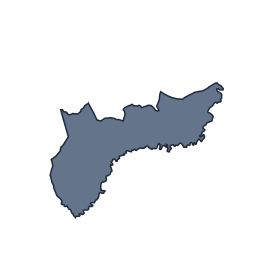 San Marcial Ozolotepec, Oaxaca, Mexico, rotated 232°
{"feature_id": "50627088B61246931399510", "entity_name": "San Marcial Ozolotepec", "entity_type": "district", "adm_level": 2, "iso_a3": "MEX", "parent_name": "Mexico", "parent_adm1": "Oaxaca", "projection": "orthographic", "projection_center": [-96.411, 16.032], "detail": "fine", "context": "isolated", "style": "filled", "palette": "slate", "viewbox_px": 256, "rotation_deg": 232, "n_neighbors": 0, "source": "geoboundaries", "source_scale": "gbopen_adm2", "svg_char_len": 5746}
<svg xmlns="http://www.w3.org/2000/svg" viewBox="0 0 256 256"><g transform="rotate(232 128 128)"><path d="M89.8,31.5L90.2,32.8L89.0,34.8L88.4,35.4L88.5,35.8L88.8,36.5L90.3,36.6L90.0,37.4L89.5,38.2L88.2,38.5L87.8,39.0L87.7,39.8L87.7,40.8L88.3,41.2L89.1,41.3L90.1,41.8L90.4,42.7L90.0,43.6L88.5,45.2L88.2,46.0L88.3,47.0L88.7,47.4L89.9,48.2L89.9,49.0L89.7,49.8L88.8,50.5L88.5,51.0L88.4,52.4L89.1,52.8L89.6,52.0L90.5,51.8L91.7,52.0L91.7,53.0L91.1,54.1L90.5,54.8L89.8,55.4L89.9,55.9L90.5,56.6L90.8,57.2L90.9,58.1L90.6,59.6L91.3,61.1L91.4,61.8L92.0,62.7L92.7,63.4L93.5,63.8L94.0,64.6L94.3,65.7L94.0,66.7L92.8,67.1L91.7,68.4L91.8,69.0L92.1,69.6L92.5,71.1L93.4,70.7L94.3,69.4L95.8,68.3L96.0,69.0L97.3,69.4L98.1,70.1L100.1,71.6L100.7,72.6L101.0,73.5L101.1,74.5L100.9,75.2L100.4,75.5L99.9,77.4L100.0,78.5L100.6,79.2L101.6,79.7L102.6,80.4L103.5,81.3L103.1,82.1L102.9,82.9L102.7,83.2L102.6,85.2L102.9,85.9L104.1,87.5L103.8,88.6L104.2,89.0L105.2,89.5L106.1,89.8L107.0,90.2L107.9,90.4L108.4,90.6L109.7,91.6L108.7,92.3L108.3,93.2L109.0,93.8L110.5,93.8L111.9,93.9L111.6,95.5L112.4,96.4L112.5,97.0L112.2,97.9L111.9,98.1L110.3,98.4L109.5,98.0L108.7,98.6L108.6,99.3L109.4,99.7L109.4,101.3L109.3,102.6L111.0,103.5L110.2,106.4L109.7,107.0L109.0,108.5L110.1,109.0L109.6,110.2L109.4,111.4L110.6,112.0L110.8,113.1L109.6,114.1L107.3,115.8L107.6,116.6L108.1,117.2L107.3,117.9L107.2,120.2L105.7,120.3L105.3,120.6L105.2,121.7L105.0,125.3L104.1,125.7L103.8,126.4L103.0,126.8L102.7,127.3L102.5,128.3L102.2,128.6L102.6,129.6L102.1,130.1L102.3,131.1L102.1,132.0L101.8,132.4L101.2,132.3L99.2,132.4L98.0,133.2L97.4,133.2L96.6,133.6L96.3,134.3L96.5,135.0L96.2,135.7L95.5,136.2L94.7,137.1L94.5,137.6L94.5,138.1L95.6,140.3L96.4,141.2L96.8,142.0L96.9,142.6L96.3,143.1L95.5,142.6L95.1,142.6L94.6,143.2L93.8,141.9L93.2,141.4L92.3,139.9L91.5,139.9L91.0,140.5L91.1,141.4L92.0,143.1L92.5,144.7L92.2,145.7L91.5,145.9L90.1,145.9L89.5,146.4L91.5,148.1L91.1,148.3L89.6,148.3L89.1,147.5L88.5,147.1L87.4,147.2L86.3,145.3L85.5,144.6L84.9,144.8L84.3,145.2L83.9,145.7L83.8,146.1L84.4,146.6L84.8,147.1L85.0,147.7L84.9,148.4L85.1,149.4L85.5,149.8L86.5,149.7L87.2,149.5L87.9,150.3L88.0,151.0L87.6,152.1L87.0,153.5L86.0,153.1L85.0,153.3L84.7,154.0L85.1,155.2L84.2,155.8L83.7,156.3L83.7,157.0L83.9,157.9L83.9,159.9L83.7,160.4L81.8,160.5L80.0,160.4L78.8,160.1L78.2,160.2L78.1,160.9L77.5,161.4L76.7,162.3L77.6,163.1L77.7,163.8L77.7,164.8L76.3,166.0L77.4,167.3L77.9,168.3L77.5,169.0L76.2,169.4L75.8,168.9L75.3,168.6L74.7,168.6L74.2,168.9L74.3,169.3L75.4,170.6L75.5,171.2L75.0,171.4L74.1,171.0L73.7,171.1L73.4,171.8L73.6,172.3L74.3,172.9L74.7,173.5L74.9,174.3L75.1,174.7L75.5,176.1L75.6,177.0L74.5,177.3L73.7,177.4L72.2,177.3L72.1,178.0L72.6,179.0L72.8,179.8L73.1,180.5L73.1,181.9L73.7,182.7L75.0,183.6L75.8,183.6L76.3,183.4L76.3,182.7L76.1,181.1L76.3,180.2L76.5,179.4L77.3,179.4L77.7,179.7L77.8,181.6L78.0,182.7L79.0,183.7L79.3,184.6L79.1,185.0L78.7,185.4L79.1,187.3L79.9,187.4L81.4,186.8L82.4,187.5L82.8,188.7L82.9,189.5L82.6,190.5L82.6,191.5L83.5,193.5L83.3,194.2L82.9,195.1L82.2,197.4L82.0,198.6L83.4,200.1L83.9,201.5L85.0,202.2L86.2,202.4L87.8,202.0L88.3,202.0L89.1,201.8L89.7,201.5L90.8,200.7L91.4,200.7L92.2,201.4L93.0,203.5L93.4,204.2L93.7,205.2L93.5,205.9L93.4,207.8L93.7,209.1L94.5,211.3L94.4,212.8L93.9,213.3L93.0,213.3L92.6,213.7L92.7,214.8L92.4,215.9L91.8,216.5L91.7,217.5L92.1,218.1L92.7,218.3L93.7,218.6L93.7,219.8L95.9,221.9L96.5,222.3L97.6,222.6L98.8,222.3L101.4,221.3L103.0,221.3L103.5,221.5L103.8,221.8L104.1,222.3L103.6,223.1L102.5,223.6L101.6,223.8L99.9,225.8L99.6,226.1L99.6,226.6L100.5,227.3L102.7,227.2L104.0,227.3L106.4,226.1L107.2,226.0L108.8,225.9L108.9,225.4L109.7,224.3L109.7,222.5L109.8,222.3L110.0,221.6L110.1,219.4L110.5,217.3L110.4,215.8L110.6,213.0L111.2,210.2L111.9,208.5L112.7,207.2L115.1,202.5L115.5,199.5L116.4,195.7L117.1,191.6L117.0,188.7L118.7,186.9L120.3,185.0L124.7,181.5L127.4,179.9L130.0,178.6L133.2,177.2L136.5,176.1L134.9,173.8L130.8,169.8L127.4,163.9L125.3,163.8L122.7,163.0L122.7,162.5L123.7,161.2L124.9,160.6L128.4,160.7L129.0,160.5L130.9,160.2L131.4,160.0L132.0,159.6L133.0,158.5L133.6,157.6L133.9,156.6L134.1,155.6L134.9,153.6L135.0,152.5L135.4,151.6L137.8,151.3L138.5,151.1L139.0,150.7L139.3,150.2L139.5,148.8L140.0,148.5L140.8,147.5L142.1,146.3L144.0,145.9L144.4,145.3L144.4,144.6L144.2,143.7L144.8,143.2L145.1,142.3L145.4,140.9L145.9,138.1L145.7,136.1L145.2,135.5L144.7,135.4L143.3,135.6L142.3,135.2L140.6,133.9L139.6,132.9L138.5,131.1L136.5,128.5L136.7,128.1L137.5,127.9L140.4,125.9L141.5,124.3L142.5,123.7L144.4,122.9L145.9,121.3L146.6,121.0L147.5,119.4L148.0,118.9L148.2,118.3L149.7,116.1L149.9,115.6L150.0,114.3L150.2,112.5L150.2,110.9L153.5,108.5L160.6,110.1L171.5,111.9L171.4,111.8L172.2,110.3L172.1,109.1L172.2,108.1L171.1,104.4L171.2,103.5L171.4,103.0L171.1,101.9L170.3,101.3L170.0,100.5L170.2,99.5L169.9,98.1L170.0,97.0L170.5,96.3L171.4,95.7L171.7,94.8L173.1,93.8L173.5,93.3L173.6,92.2L174.1,90.7L175.0,89.6L175.8,89.2L176.9,89.0L177.3,89.3L178.4,89.1L179.3,88.6L179.6,88.2L180.0,87.4L181.0,87.3L182.6,87.7L183.9,86.2L157.8,75.6L153.9,64.8L154.3,63.7L154.0,63.1L153.0,61.8L152.2,61.1L151.4,59.9L151.3,59.0L150.3,54.3L150.2,52.8L150.2,50.2L150.5,49.1L150.4,48.2L150.0,47.9L147.6,47.2L146.5,46.4L145.6,46.1L144.6,45.3L143.5,44.2L142.4,42.2L140.3,39.7L138.9,37.7L138.1,37.3L137.0,37.0L135.3,36.3L134.1,35.6L133.1,35.2L132.3,34.7L129.7,34.2L127.9,33.7L126.5,32.6L122.4,31.4L121.7,31.3L119.7,30.6L118.3,30.3L114.3,31.1L112.6,31.2L110.8,30.6L110.4,30.3L109.8,29.3L109.5,28.9L108.8,28.7L108.1,29.1L107.8,29.5L107.3,30.0L106.6,30.2L105.5,29.7L104.7,30.2L104.4,31.2L104.0,32.0L101.3,31.5L100.2,31.5L99.3,32.3L98.5,32.4L95.9,31.4L94.7,31.5L93.8,31.8L93.1,31.4L92.3,31.2L89.9,31.5L89.8,31.5Z" fill="#64748b" stroke="#1e293b" stroke-width="1.5"/></g></svg>